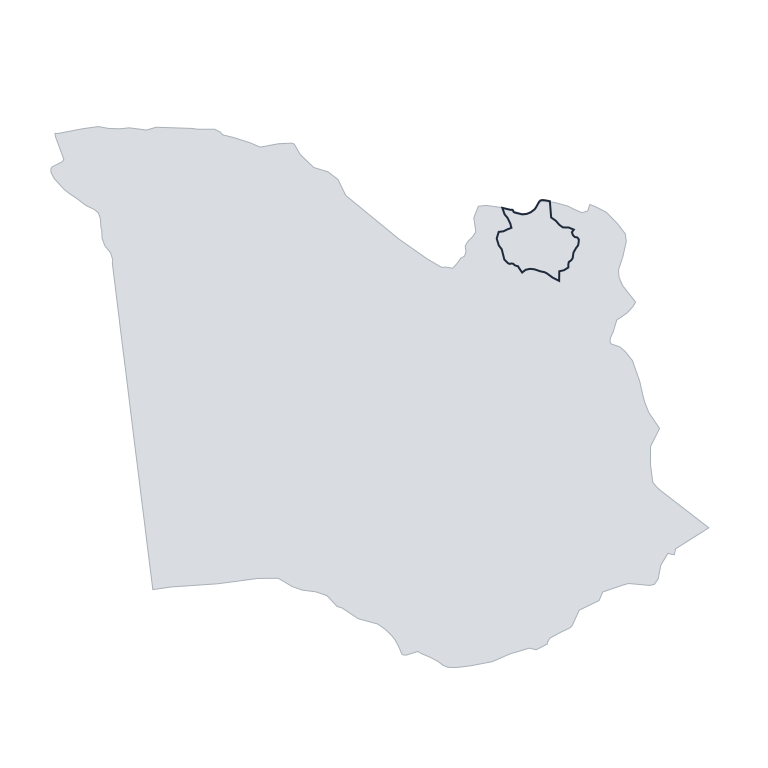 Uganda, with Arua highlighted, rotated 83°
{"feature_id": "UGA-3080", "entity_name": "Arua", "entity_type": "County", "adm_level": 1, "iso_a3": "UGA", "parent_name": "Uganda", "parent_adm1": "", "projection": "albers", "projection_center": [31.087, 2.968], "detail": "fine", "context": "in_parent", "style": "outline", "palette": "slate", "viewbox_px": 768, "rotation_deg": 83, "n_neighbors": 0, "source": "natural_earth", "source_scale": "10m", "svg_char_len": 3218}
<svg xmlns="http://www.w3.org/2000/svg" viewBox="0 0 768 768"><g transform="rotate(83 384 384)"><path d="M559.9,638.5L548.2,638.5L529.1,638.6L510.0,638.6L490.9,638.6L471.8,638.7L452.7,638.7L433.6,638.7L414.6,638.8L395.5,638.8L376.4,638.8L357.3,638.8L338.2,638.8L319.1,638.9L300.0,638.9L280.9,638.9L261.8,638.9L242.7,638.9L231.4,638.9L229.2,638.5L227.6,638.1L220.4,639.4L213.0,644.1L205.0,646.1L196.6,645.3L195.5,645.8L191.2,645.7L185.0,645.4L179.4,646.6L175.1,650.7L170.8,657.7L162.9,665.8L156.8,672.9L151.6,678.0L139.7,686.4L133.2,688.8L129.9,688.4L128.0,686.9L124.2,676.2L121.9,674.4L98.7,679.9L95.2,680.0L95.6,676.7L93.9,651.5L93.7,636.1L96.7,626.5L98.5,615.4L98.7,605.5L103.0,588.9L101.4,578.8L106.9,543.7L108.4,538.0L110.5,521.1L114.0,515.8L117.0,513.8L121.0,503.4L128.6,486.8L133.8,478.2L132.7,459.5L133.6,446.7L134.8,443.9L146.0,439.2L160.5,427.4L166.7,413.6L175.4,404.8L192.2,399.0L242.0,351.5L265.1,325.9L275.2,312.7L275.6,308.0L277.5,301.8L273.5,297.0L268.6,292.6L267.0,288.6L262.9,286.5L256.9,286.6L253.0,283.7L248.5,277.9L244.1,274.3L230.0,274.6L219.1,268.7L219.2,260.7L223.5,244.8L231.7,226.7L232.2,221.7L231.0,217.5L229.0,213.8L225.3,210.2L221.8,205.9L224.5,192.8L229.7,180.1L234.0,173.7L238.1,166.5L237.0,160.7L230.9,157.8L234.1,152.0L240.6,142.4L253.3,132.7L264.4,126.2L271.9,126.1L286.4,131.3L299.5,137.4L306.7,137.7L315.4,135.2L333.5,124.3L337.8,127.8L343.2,134.3L348.9,145.2L360.3,150.2L365.7,153.6L369.7,154.6L371.8,153.7L376.1,145.2L381.4,140.5L391.0,134.6L412.3,129.9L427.5,128.4L433.9,127.4L444.7,124.6L461.7,115.9L478.5,127.1L496.7,129.3L514.4,129.2L519.7,125.7L522.8,123.1L541.3,104.4L566.3,79.2L583.1,114.6L588.8,116.7L588.0,119.8L586.6,122.8L597.5,131.3L611.0,135.7L615.8,140.1L616.3,144.8L611.8,165.6L612.7,171.5L617.1,192.3L625.1,196.9L632.3,217.8L646.6,226.6L648.7,229.2L652.1,239.3L656.5,250.4L659.9,253.0L662.0,253.6L666.3,265.4L663.9,272.0L667.3,292.1L672.7,310.1L674.2,331.6L674.3,341.0L674.2,346.8L673.0,355.0L670.4,359.7L665.9,364.3L660.8,371.6L656.4,379.3L653.6,383.1L655.8,394.7L655.3,397.8L654.1,399.3L647.6,401.0L639.3,404.2L634.2,407.3L627.1,413.2L621.4,419.6L613.8,438.3L601.2,452.9L599.1,457.7L587.1,466.4L581.9,477.2L578.6,490.3L573.9,499.7L563.9,512.7L561.6,533.1L562.0,573.9L559.5,620.3L559.9,638.5Z" fill="#d9dde1" stroke="#a8b0b8" stroke-width="1"/><path d="M223.6,245.1L226.5,237.3L226.6,236.8L226.6,235.7L226.9,235.1L227.4,234.8L228.7,234.5L229.1,234.3L229.8,233.3L232.5,226.1L232.6,221.8L231.5,217.5L229.0,213.2L227.1,211.5L222.2,208.0L220.9,206.4L220.7,204.4L221.2,202.1L222.8,197.1L227.6,197.3L239.1,197.8L242.9,193.6L247.4,190.6L250.4,187.3L251.1,181.8L253.9,176.8L256.2,179.0L259.2,178.4L261.3,176.8L262.1,174.3L264.3,173.0L267.0,173.5L270.1,174.5L272.3,176.7L276.6,179.9L282.1,181.4L284.1,183.2L285.4,185.7L287.9,186.5L290.8,186.8L293.0,191.5L293.5,196.3L303.0,197.6L299.0,203.6L294.2,208.7L292.6,211.0L291.2,215.1L288.5,220.7L287.5,225.0L287.9,229.5L290.2,233.3L285.4,235.8L283.4,236.7L282.9,238.2L282.0,239.8L280.5,241.0L279.9,242.6L280.1,244.8L279.0,246.4L275.1,249.4L264.7,250.7L260.4,253.2L253.3,254.4L247.0,251.6L247.0,246.8L245.6,242.8L244.5,238.5L240.1,239.1L234.0,241.2L230.4,243.6L223.6,245.1Z" fill="none" stroke="#1e293b" stroke-width="2"/></g></svg>